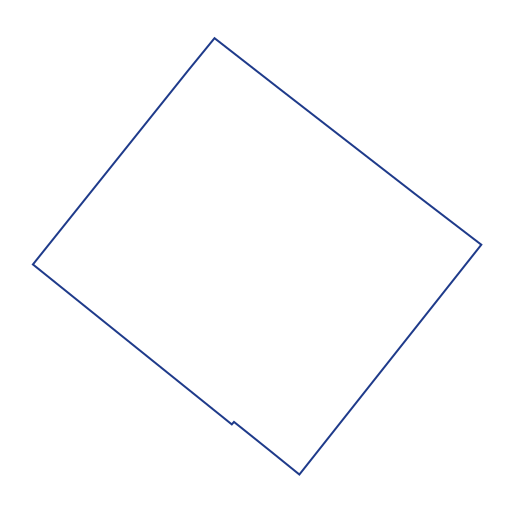 outline of Knox, Missouri, United States of America, rotated 128°
{"feature_id": "52423323B21242866198825", "entity_name": "Knox", "entity_type": "district", "adm_level": 2, "iso_a3": "USA", "parent_name": "United States of America", "parent_adm1": "Missouri", "projection": "orthographic", "projection_center": [-92.125, 40.126], "detail": "fine", "context": "isolated", "style": "outline", "palette": "blue", "viewbox_px": 512, "rotation_deg": 128, "n_neighbors": 0, "source": "geoboundaries", "source_scale": "gbopen_adm2", "svg_char_len": 296}
<svg xmlns="http://www.w3.org/2000/svg" viewBox="0 0 512 512"><g transform="rotate(128 256 256)"><path d="M400.0,426.6L403.6,171.4L400.3,171.2L400.8,129.4L401.5,87.3L108.4,85.4L109.2,169.3L109.8,341.8L109.9,422.8L151.9,423.7L400.0,426.6Z" fill="none" stroke="#1e3a8a" stroke-width="2"/></g></svg>